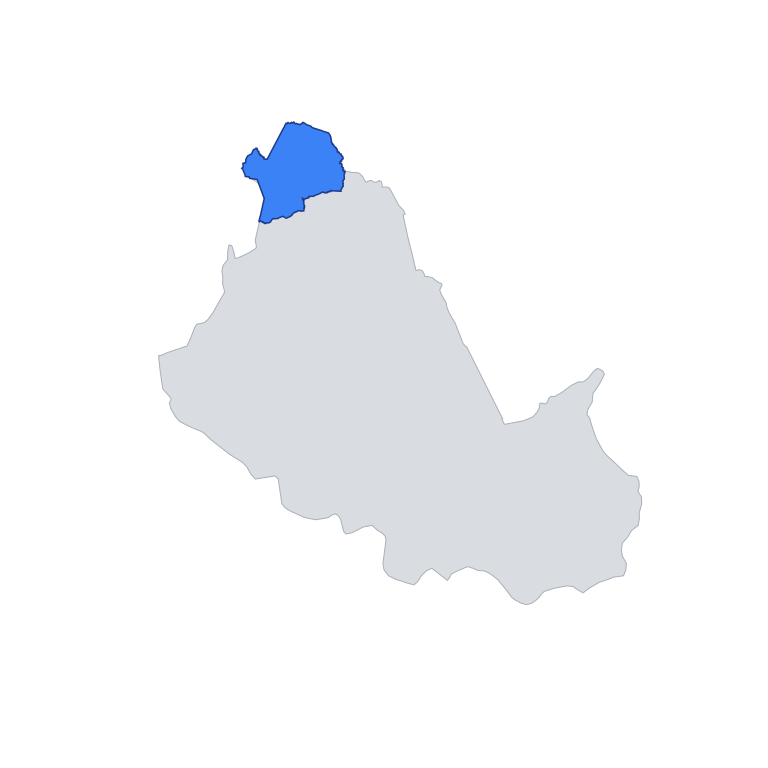 Tapoa, Tapoa, Burkina Faso shown in context, rotated 244°
{"feature_id": "67063806B60723724569169", "entity_name": "Tapoa", "entity_type": "district", "adm_level": 2, "iso_a3": "BFA", "parent_name": "Burkina Faso", "parent_adm1": "Tapoa", "projection": "mercator", "projection_center": [1.463, 12.115], "detail": "fine", "context": "in_parent", "style": "filled", "palette": "blue", "viewbox_px": 768, "rotation_deg": 244, "n_neighbors": 0, "source": "geoboundaries", "source_scale": "gbopen_adm2", "svg_char_len": 8777}
<svg xmlns="http://www.w3.org/2000/svg" viewBox="0 0 768 768"><g transform="rotate(244 384 384)"><path d="M556.0,474.9L538.0,475.6L531.4,477.6L527.5,477.6L527.4,476.0L526.9,475.0L504.2,469.5L488.2,466.2L472.1,462.5L471.2,466.0L468.9,468.2L465.4,468.3L462.9,467.8L461.3,470.4L458.6,473.9L454.9,475.6L451.2,477.7L449.2,479.6L447.7,479.6L444.0,475.2L439.1,474.8L429.9,475.5L425.8,474.3L420.1,473.7L406.8,474.6L385.6,472.8L382.1,473.8L381.2,474.6L360.1,474.8L336.9,475.0L317.6,475.2L300.6,475.4L300.6,474.6L295.1,474.5L294.5,476.0L289.7,493.8L289.2,503.5L291.7,509.5L294.6,513.3L297.8,514.8L298.1,517.0L295.6,519.8L295.8,522.6L298.8,525.6L299.6,528.6L298.0,531.9L298.4,539.7L300.7,552.0L300.7,560.0L298.6,563.6L299.6,569.8L303.8,578.6L304.5,582.4L303.0,584.1L299.5,586.4L296.0,586.3L292.0,581.0L290.2,578.6L286.9,573.2L284.0,567.8L280.2,565.4L276.5,563.2L272.0,556.3L267.6,553.0L263.0,553.9L256.2,552.6L242.6,550.9L227.9,551.4L221.8,553.0L215.8,555.5L200.6,561.1L194.6,563.8L190.1,570.7L184.9,570.5L179.7,568.3L176.5,565.2L169.5,565.9L162.8,562.8L156.3,556.8L151.6,554.9L145.5,550.5L143.8,542.3L139.9,536.4L136.4,528.4L131.1,524.8L125.0,522.8L116.6,523.2L111.1,520.0L106.7,515.3L107.9,511.2L109.9,505.4L110.1,499.8L111.4,490.7L110.6,479.3L109.0,471.4L113.7,468.1L119.1,465.1L122.4,459.8L125.8,447.6L127.3,437.2L126.2,433.3L124.4,430.2L123.0,425.7L122.2,420.2L123.2,415.4L127.3,410.9L132.3,407.2L135.9,405.4L145.5,403.5L157.5,400.8L164.4,397.6L169.4,394.5L172.2,392.0L175.1,386.9L179.7,382.9L183.3,378.9L183.8,367.8L183.8,361.4L181.1,357.9L179.7,354.9L197.4,346.2L197.5,340.1L195.1,333.2L191.6,327.7L190.3,322.9L195.2,317.3L199.6,313.0L202.7,309.4L209.7,304.0L217.0,302.5L223.5,304.6L243.0,317.5L246.3,318.3L250.4,317.3L255.5,313.9L262.1,311.3L264.6,302.6L264.3,289.9L265.8,284.1L269.3,283.1L280.5,285.5L283.4,285.6L286.7,284.8L289.0,282.6L288.9,278.5L288.4,274.9L292.0,263.0L298.7,254.2L312.1,243.1L316.3,240.9L321.2,239.7L345.2,247.4L349.2,245.5L355.0,226.6L361.6,224.8L369.4,224.4L374.5,222.8L377.1,221.5L388.6,214.3L408.8,204.5L419.6,200.3L421.8,198.7L429.5,191.8L439.9,183.8L446.4,182.2L455.5,181.6L461.3,182.9L462.8,185.2L464.7,186.4L476.5,183.0L493.5,188.4L508.2,193.7L507.3,197.0L507.2,203.0L506.0,212.4L504.5,223.6L510.6,230.9L517.8,238.7L519.8,241.8L517.9,249.5L519.2,254.0L523.1,261.5L529.6,271.0L536.3,280.9L540.9,282.2L545.3,282.9L548.0,284.7L551.9,286.4L555.8,287.5L559.2,289.7L561.4,291.8L564.2,297.8L571.8,301.8L577.0,305.7L574.9,307.8L568.3,306.9L562.2,305.2L561.3,308.1L561.1,319.2L562.1,328.4L563.5,329.6L569.7,331.3L584.6,343.3L598.0,354.6L602.5,357.6L609.9,358.7L618.2,359.2L621.8,358.1L629.8,352.4L634.1,351.8L638.1,351.9L640.2,352.9L644.1,357.5L647.7,364.5L648.7,369.7L648.4,372.5L647.2,373.5L640.6,374.9L637.7,375.9L637.0,377.4L638.0,380.9L639.3,383.2L646.5,393.3L656.9,406.9L660.1,410.4L658.3,414.5L653.0,425.1L649.1,429.6L631.5,444.6L623.0,442.8L604.9,445.9L602.2,442.4L598.0,441.9L592.8,442.6L590.9,443.9L590.4,445.3L588.5,447.4L585.2,453.4L582.6,454.9L579.4,455.8L575.5,455.7L573.2,456.5L573.2,459.4L572.5,462.0L569.8,463.3L568.7,466.2L568.9,469.0L567.3,470.3L563.9,469.6L561.9,468.8L560.0,472.5L557.7,474.9L556.0,474.9Z" fill="#d9dde1" stroke="#a8b0b8" stroke-width="1"/><path d="M580.8,421.4L576.1,429.8L576.4,430.0L576.9,430.1L577.3,430.5L577.6,430.8L578.0,431.4L578.4,431.7L578.7,432.4L579.3,433.1L579.5,434.0L580.1,434.1L580.3,434.3L581.1,434.5L581.4,434.7L581.6,435.1L581.9,435.1L582.1,435.3L582.3,435.3L582.6,435.1L582.8,435.3L583.2,435.5L583.7,435.6L583.9,435.9L584.4,436.1L584.7,436.6L585.0,436.7L585.2,437.1L585.2,437.3L585.4,437.9L585.8,438.1L586.1,438.5L586.5,438.5L587.1,438.7L588.1,439.4L588.5,439.4L589.1,439.5L589.7,440.1L589.8,440.3L590.0,440.4L590.3,440.4L590.4,440.5L590.6,440.9L591.0,440.9L591.1,441.1L591.3,441.3L591.4,441.6L591.5,441.6L591.9,442.2L592.3,442.2L592.5,441.9L592.7,441.2L593.1,441.2L593.4,440.8L593.8,440.6L594.0,440.8L594.2,441.3L594.6,441.4L595.2,441.4L595.7,441.2L596.3,442.1L596.6,442.0L597.6,441.2L598.0,441.2L598.6,441.9L599.2,442.0L599.6,442.4L600.2,442.5L600.5,442.5L600.8,442.3L601.2,441.6L601.5,440.9L601.9,440.9L602.1,441.5L602.7,441.8L602.7,442.6L603.0,442.7L603.5,442.8L603.6,443.1L603.2,443.8L603.8,443.9L604.2,444.4L604.3,444.6L604.2,445.7L604.4,446.0L604.9,446.3L605.9,446.3L606.4,446.6L606.7,446.6L607.0,446.4L607.6,445.8L607.9,445.7L608.4,446.2L609.0,446.2L609.4,446.2L609.9,445.9L610.8,444.9L611.1,444.9L611.4,445.2L611.9,445.3L612.2,445.2L612.4,444.8L612.9,443.8L613.1,443.8L613.5,444.3L614.0,444.2L614.3,444.4L614.5,444.7L615.3,444.5L615.6,444.7L615.8,444.7L616.0,444.3L616.4,444.3L617.1,444.5L617.3,444.3L617.7,444.4L618.0,444.1L618.6,444.0L618.8,443.7L619.1,443.4L619.4,443.3L620.4,443.6L620.9,443.5L621.4,443.2L621.8,442.7L622.1,442.7L622.3,443.2L622.6,443.1L623.6,442.7L624.0,442.6L624.8,443.2L625.4,443.1L626.8,443.7L629.9,444.5L630.0,444.4L631.6,444.5L633.6,444.2L634.3,443.9L638.0,439.9L639.3,438.9L640.1,437.9L643.0,434.9L643.9,433.8L644.5,433.3L645.9,431.8L646.4,431.6L647.0,431.6L647.3,431.6L648.2,430.9L650.9,428.2L654.3,426.3L654.6,425.9L654.2,425.7L654.4,424.7L654.0,423.9L653.8,423.0L654.1,422.7L654.1,422.0L654.9,421.2L655.2,420.5L655.9,420.1L656.6,419.5L656.7,419.3L656.7,418.4L657.4,418.1L659.0,417.8L658.9,417.5L658.7,417.2L658.8,416.9L658.6,416.4L658.8,416.1L659.6,415.7L659.7,415.4L659.7,415.2L659.3,415.2L659.2,415.0L659.1,414.7L659.2,414.2L659.4,413.5L660.1,412.9L660.9,412.6L661.1,412.3L661.1,412.0L660.5,411.0L660.7,410.5L661.1,410.5L661.2,410.4L661.3,410.1L660.6,409.3L659.6,407.9L658.9,407.2L657.2,404.7L637.6,378.0L637.4,377.6L637.4,377.2L638.0,376.6L638.0,376.4L637.8,376.2L638.0,375.7L638.7,374.9L639.1,374.8L639.3,374.9L639.7,374.8L640.2,374.8L640.1,375.1L640.2,375.3L640.4,375.6L640.6,375.6L640.8,375.4L641.2,374.6L641.5,374.5L642.4,374.2L642.9,373.8L643.7,373.6L643.5,373.1L643.8,373.0L644.4,373.1L645.1,372.7L645.6,372.7L646.0,372.9L647.1,372.8L648.0,373.4L648.6,372.8L649.4,372.6L650.3,373.0L650.6,373.3L651.3,373.1L651.2,372.7L652.0,372.6L652.1,372.4L651.6,371.8L651.7,370.5L651.9,369.6L651.6,369.1L648.9,365.7L648.7,361.3L646.6,358.4L643.5,356.6L643.9,355.7L644.1,353.8L641.9,353.1L641.0,352.5L640.7,352.5L640.2,350.7L639.3,351.0L638.7,351.4L637.2,351.0L633.8,350.9L631.3,350.3L629.3,353.5L627.7,353.4L623.5,359.7L603.3,357.7L593.3,349.8L591.7,348.4L591.3,348.2L590.1,347.3L589.0,346.2L586.8,344.4L585.9,343.5L585.2,343.0L584.7,342.9L584.4,343.2L584.5,343.5L584.8,344.1L584.8,344.5L584.7,344.6L584.2,344.6L583.9,344.8L583.7,345.0L583.2,345.4L582.8,345.6L582.9,345.8L582.6,345.9L582.6,346.0L582.4,345.9L582.3,346.0L582.3,346.4L581.9,346.7L581.4,346.8L581.1,346.7L580.9,346.8L580.7,347.0L580.9,347.8L580.7,348.0L580.4,347.9L580.1,348.0L580.3,348.5L580.2,348.7L580.2,349.1L580.2,349.3L580.0,349.6L579.9,349.8L580.0,350.2L579.7,350.5L579.4,351.0L579.2,352.1L579.6,353.3L579.8,353.5L579.9,353.8L580.3,354.4L580.5,354.5L581.0,355.4L581.0,355.7L581.0,355.8L581.0,356.5L581.3,356.8L581.3,357.0L581.2,357.1L580.9,357.3L580.6,357.6L580.5,358.1L579.3,361.1L579.2,361.7L579.5,362.5L579.1,366.6L577.8,367.5L575.9,368.7L575.7,372.5L575.7,372.8L575.8,372.9L575.7,373.4L576.0,374.2L575.9,374.6L575.9,375.0L576.1,375.2L576.4,375.3L577.0,377.1L577.4,378.1L577.6,378.6L577.5,379.0L577.1,379.6L577.2,381.0L577.4,382.9L577.3,383.0L576.9,383.4L576.9,383.7L576.8,383.9L576.6,384.5L576.3,384.7L575.9,384.9L575.6,385.4L575.6,385.9L575.3,386.4L575.2,386.7L575.2,387.0L574.8,387.6L575.1,387.7L575.2,388.0L575.3,388.0L575.5,388.2L576.1,388.7L576.5,388.9L576.6,389.2L577.2,389.4L577.5,389.7L577.4,389.8L577.5,389.9L577.6,389.7L577.7,390.0L577.9,390.1L578.4,390.3L578.8,390.2L579.2,390.7L579.3,390.6L579.5,390.7L580.0,390.6L580.5,390.6L580.6,390.8L581.0,391.0L581.9,391.1L582.0,391.3L582.3,391.4L582.4,391.5L582.5,391.7L583.0,391.8L583.4,391.6L583.8,391.7L584.1,392.2L584.9,392.0L584.6,392.4L584.4,392.4L584.4,392.7L585.2,392.5L585.4,392.5L585.6,392.6L585.8,392.4L585.9,392.5L586.2,392.5L585.7,392.8L585.3,393.5L585.0,394.1L584.8,394.8L584.9,395.1L584.6,396.6L584.4,397.6L584.7,397.6L585.2,398.2L585.4,398.2L585.4,398.3L585.4,398.6L585.1,398.7L584.9,399.0L585.0,399.2L585.1,399.3L585.2,399.6L584.7,400.2L584.6,401.2L583.8,402.3L583.6,404.2L583.7,404.7L583.7,406.3L583.5,407.1L583.4,407.7L583.3,410.6L583.3,411.1L583.5,411.3L583.6,411.8L583.4,412.5L583.5,412.7L583.5,412.8L583.4,412.9L583.3,413.2L583.0,413.3L583.0,413.6L582.5,413.9L582.2,414.2L582.0,414.3L581.4,415.1L581.3,415.3L581.3,415.7L581.6,415.9L581.6,416.1L581.5,416.4L581.4,416.7L581.3,416.9L581.1,416.8L580.7,417.0L580.8,417.5L581.0,417.7L581.1,417.9L581.1,418.1L581.1,418.3L581.3,418.3L581.4,418.5L581.2,418.7L581.2,418.9L581.0,419.1L580.9,419.1L580.9,419.3L580.7,419.6L580.7,419.9L580.6,420.1L580.7,420.3L580.6,420.7L580.9,421.0L580.5,421.0L580.6,421.3L580.8,421.4Z" fill="#3b82f6" stroke="#1e3a8a" stroke-width="1.5"/></g></svg>